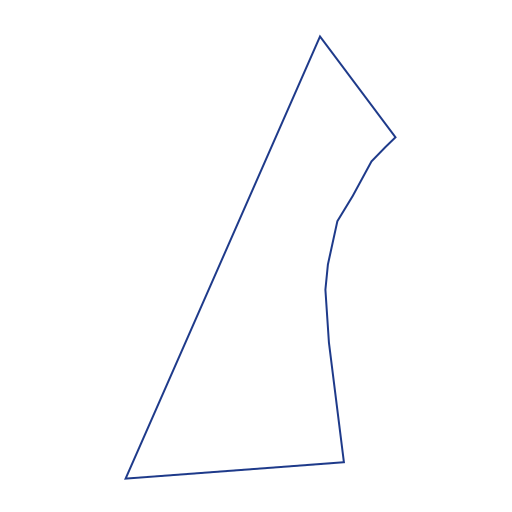 43, Ar Rayyān, Qatar (Mercator projection), rotated 85°
{"feature_id": "91078587B15697971941315", "entity_name": "43", "entity_type": "district", "adm_level": 2, "iso_a3": "QAT", "parent_name": "Qatar", "parent_adm1": "Ar Rayyān", "projection": "mercator", "projection_center": [51.504, 25.251], "detail": "fine", "context": "isolated", "style": "outline", "palette": "blue", "viewbox_px": 512, "rotation_deg": 85, "n_neighbors": 0, "source": "geoboundaries", "source_scale": "gbopen_adm2", "svg_char_len": 307}
<svg xmlns="http://www.w3.org/2000/svg" viewBox="0 0 512 512"><g transform="rotate(85 256 256)"><path d="M42.9,173.1L466.4,405.3L469.1,186.4L348.5,190.9L295.6,189.8L270.7,185.1L228.4,171.9L204.6,154.4L171.8,132.7L158.6,117.4L149.9,106.7L42.9,173.1Z" fill="none" stroke="#1e3a8a" stroke-width="2"/></g></svg>